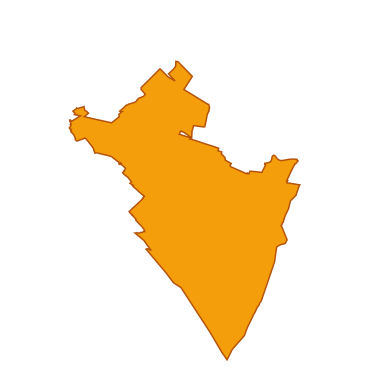 Oaxaca de Juárez, Oaxaca, Mexico (Natural Earth projection), rotated 134°
{"feature_id": "50627088B44043795414637", "entity_name": "Oaxaca de Juárez", "entity_type": "district", "adm_level": 2, "iso_a3": "MEX", "parent_name": "Mexico", "parent_adm1": "Oaxaca", "projection": "natural_earth1", "projection_center": [-96.731, 17.097], "detail": "fine", "context": "isolated", "style": "filled", "palette": "amber", "viewbox_px": 384, "rotation_deg": 134, "n_neighbors": 0, "source": "geoboundaries", "source_scale": "gbopen_adm2", "svg_char_len": 5907}
<svg xmlns="http://www.w3.org/2000/svg" viewBox="0 0 384 384"><g transform="rotate(134 192 192)"><path d="M120.8,159.6L121.7,158.9L121.5,158.1L121.5,157.8L122.2,157.6L128.1,155.8L129.4,155.4L130.0,156.2L135.2,162.9L136.3,164.2L136.6,164.7L137.0,164.7L139.3,163.6L139.9,165.4L140.8,165.1L146.9,181.6L146.4,183.1L146.0,183.5L145.8,183.6L145.5,183.5L145.2,183.3L144.2,183.6L145.2,187.1L145.3,187.3L145.9,190.5L145.5,190.7L144.4,192.0L144.4,192.3L144.2,194.5L144.2,196.9L144.1,197.5L143.7,197.6L142.5,198.4L144.2,201.9L142.9,202.7L142.0,203.2L143.7,206.9L148.3,216.2L152.4,224.9L155.2,230.2L155.4,230.3L154.1,231.0L155.4,233.4L159.3,241.3L157.6,241.9L156.9,242.2L156.0,242.4L155.7,242.1L155.5,241.6L155.3,240.8L155.0,239.9L154.8,239.4L154.6,238.6L154.5,238.2L153.7,232.7L153.5,231.7L153.5,231.3L153.4,230.4L153.3,229.8L150.0,232.7L149.0,233.5L149.0,233.8L146.8,235.0L146.3,235.2L143.2,237.0L141.6,234.9L140.0,232.6L139.5,232.0L138.4,230.6L138.3,230.3L138.1,230.2L137.8,229.8L136.9,228.7L136.4,228.1L133.7,229.6L133.5,229.8L131.7,230.9L130.8,231.5L128.6,232.9L125.8,234.8L125.4,234.9L124.9,235.0L124.1,235.5L122.2,235.9L121.8,236.0L121.3,236.4L120.8,237.1L120.6,237.4L120.4,237.5L119.9,237.4L119.6,237.6L119.1,238.1L118.8,238.5L118.2,239.4L117.4,240.9L117.8,241.2L123.9,269.0L108.6,272.1L108.0,292.6L109.2,294.4L112.7,291.2L116.4,290.6L123.3,291.0L123.9,281.3L125.8,289.0L125.6,300.6L138.7,300.8L152.3,301.1L153.5,299.9L154.2,293.4L154.3,293.4L154.9,293.4L155.3,293.5L155.6,293.5L156.0,293.4L156.5,293.3L156.9,293.4L157.2,293.4L157.7,293.8L158.4,294.1L159.1,294.3L159.4,294.3L159.6,294.4L159.8,294.6L160.7,295.1L161.2,295.3L161.9,295.4L163.0,295.5L164.1,295.5L164.4,295.3L165.1,295.2L165.7,295.2L166.1,295.2L166.5,295.4L167.2,295.5L167.5,295.6L168.0,295.9L171.1,297.6L172.6,298.5L173.1,298.7L173.4,298.8L174.1,298.9L175.1,299.5L175.5,299.7L175.9,299.6L176.8,299.6L177.9,299.6L178.7,299.6L180.5,299.8L181.5,299.9L182.4,300.0L183.3,300.1L184.1,300.2L184.0,299.7L183.8,299.2L183.5,298.8L182.9,298.1L184.3,298.4L185.4,298.4L186.0,298.4L186.7,298.7L187.5,297.7L188.3,296.6L189.8,296.8L196.7,297.7L198.1,297.9L203.2,306.2L203.4,306.6L204.1,307.7L206.3,311.2L212.7,321.8L207.2,321.2L207.2,324.1L207.4,324.5L207.6,324.9L207.7,326.0L205.6,329.0L210.9,332.0L211.6,332.8L211.7,333.3L211.9,333.2L212.0,333.1L212.3,333.0L216.6,333.8L216.6,333.2L216.7,331.7L216.8,330.2L217.9,330.3L214.7,325.0L215.1,325.1L215.3,325.3L216.0,325.5L219.4,326.4L223.6,327.4L225.0,327.8L224.9,328.1L224.7,328.8L224.7,329.6L225.2,329.9L225.3,330.0L225.7,329.4L226.8,326.9L227.0,326.1L228.1,326.3L228.1,325.9L228.3,325.5L228.6,325.1L229.2,324.8L229.7,324.8L230.2,324.9L230.7,325.0L231.2,324.6L231.3,324.1L231.4,323.4L231.2,323.0L230.9,322.6L231.7,322.6L232.0,321.0L232.6,321.2L232.8,320.5L232.9,317.7L233.1,316.6L233.3,316.2L233.7,314.8L234.2,313.6L235.0,312.8L235.1,312.6L235.4,312.4L235.5,312.2L235.4,311.4L235.4,310.6L235.3,310.1L233.0,309.0L232.3,308.7L230.5,307.8L228.4,306.7L227.7,306.7L227.6,306.2L227.4,304.9L227.7,302.7L227.8,301.5L228.0,300.3L228.2,298.9L228.3,298.1L228.7,295.5L228.9,294.5L229.1,293.6L229.5,292.8L230.0,292.0L230.8,290.2L231.5,288.9L230.4,288.1L229.8,287.5L227.1,282.7L224.5,278.5L224.0,277.4L223.5,276.6L223.1,275.7L222.8,275.2L222.7,275.0L222.4,274.5L222.4,274.2L222.4,273.8L222.2,271.2L222.0,270.1L221.4,264.6L222.6,264.2L222.3,263.1L220.7,263.6L220.5,262.7L221.4,262.4L221.2,261.5L221.3,261.3L221.1,259.3L221.1,258.8L221.1,256.2L224.1,255.6L224.1,255.2L226.3,255.3L226.4,254.4L226.4,254.2L226.5,253.3L226.4,252.2L226.4,250.9L226.3,250.7L226.2,250.6L226.1,249.8L225.9,248.6L226.0,248.4L226.3,246.1L226.7,242.5L228.9,242.7L228.8,242.3L228.5,241.0L228.6,240.5L228.6,239.8L228.0,239.7L228.1,238.9L228.4,239.0L228.5,238.2L229.0,238.2L228.9,237.0L228.8,235.1L228.6,233.5L228.6,232.8L228.7,232.7L228.7,230.3L228.5,227.8L228.3,224.2L228.1,224.2L228.2,223.2L230.7,223.3L230.7,222.7L239.8,223.1L244.5,223.4L246.9,223.5L247.2,223.4L249.8,223.6L250.3,219.3L250.1,219.3L249.8,219.2L250.1,218.7L250.3,217.6L250.1,217.6L250.4,215.3L250.6,213.2L251.2,213.0L251.4,212.1L251.4,211.3L251.5,210.0L251.6,208.9L251.7,207.6L251.6,206.1L251.6,204.8L252.0,202.5L252.0,201.8L252.2,200.9L252.4,200.3L252.5,200.1L253.2,198.7L253.3,199.0L254.0,199.5L255.0,199.5L255.5,199.7L256.7,200.8L258.1,201.3L259.4,203.0L261.1,204.5L260.3,193.0L260.3,192.8L260.3,192.5L260.9,189.5L261.1,188.6L261.4,186.9L261.7,185.1L261.7,184.8L261.8,183.9L262.1,183.5L262.1,182.9L262.2,182.3L262.3,181.3L262.5,181.4L262.8,181.7L263.0,182.2L263.1,182.9L263.7,184.7L265.0,185.3L268.1,155.4L270.1,142.2L268.4,133.5L280.5,81.0L286.6,59.2L288.4,50.2L277.3,53.7L258.9,54.6L251.4,57.9L236.9,62.7L234.2,63.3L231.6,64.3L229.2,65.0L226.6,65.3L225.2,66.1L223.3,66.3L222.1,66.6L221.0,67.1L205.0,74.6L184.9,84.1L172.9,92.8L170.8,92.5L169.6,92.0L168.2,91.6L166.7,90.7L165.3,89.7L163.9,89.3L162.5,89.7L160.9,90.2L160.4,90.3L159.9,91.3L154.3,103.9L154.4,104.0L154.4,104.5L152.1,104.9L152.0,105.1L151.9,105.3L151.7,105.5L151.1,105.7L150.8,105.6L150.6,105.5L150.4,105.4L146.0,107.7L144.7,108.3L144.2,108.5L142.8,109.0L136.9,111.0L136.6,111.1L135.1,112.0L134.1,112.6L133.8,112.8L130.9,114.5L130.5,114.7L130.4,114.7L130.3,114.8L130.0,115.0L129.6,115.0L127.1,115.0L126.9,114.9L124.6,114.9L123.8,114.9L123.4,115.0L122.0,114.9L121.1,115.4L118.9,116.5L118.0,116.9L117.9,116.9L117.1,117.3L113.0,119.2L112.7,119.6L112.4,119.4L112.0,119.4L114.8,123.5L116.9,126.5L117.4,127.3L118.4,128.6L119.5,130.3L117.4,131.0L117.9,131.8L114.8,132.8L112.5,133.6L112.3,133.7L108.0,135.2L106.8,135.5L104.7,136.2L102.9,136.7L102.2,136.9L100.6,137.4L99.9,137.5L99.7,137.0L97.9,137.2L96.0,137.3L96.1,138.8L95.6,139.1L96.0,139.7L97.5,141.5L100.7,144.6L104.4,147.3L105.7,148.2L107.0,149.3L107.6,149.8L108.5,151.5L108.9,153.8L108.3,156.7L108.4,158.1L108.9,158.9L110.0,159.0L111.3,158.7L113.1,157.4L115.2,156.6L115.9,156.5L118.1,157.7L119.0,158.2L120.8,159.6Z" fill="#f59e0b" stroke="#b45309" stroke-width="1.5"/></g></svg>